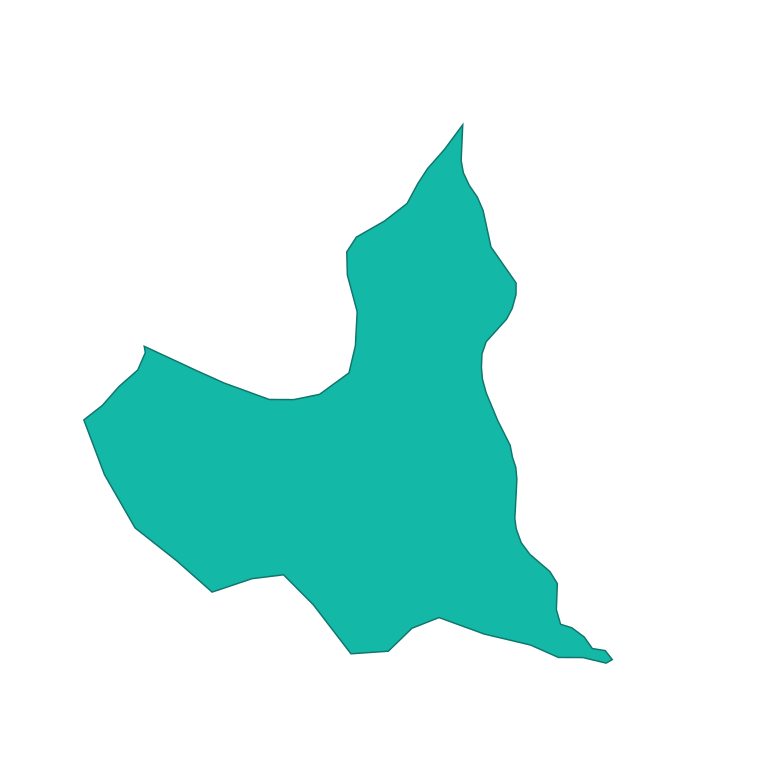 the district of Anju City, P'yŏngan-namdo, North Korea, rotated 103°
{"feature_id": "82179303B77985943192226", "entity_name": "Anju City", "entity_type": "district", "adm_level": 2, "iso_a3": "PRK", "parent_name": "North Korea", "parent_adm1": "P'yŏngan-namdo", "projection": "albers", "projection_center": [125.736, 39.589], "detail": "fine", "context": "isolated", "style": "filled", "palette": "teal", "viewbox_px": 768, "rotation_deg": 103, "n_neighbors": 0, "source": "geoboundaries", "source_scale": "gbopen_adm2", "svg_char_len": 1069}
<svg xmlns="http://www.w3.org/2000/svg" viewBox="0 0 768 768"><g transform="rotate(103 384 384)"><path d="M601.2,99.6L594.0,108.5L594.9,121.5L585.5,132.0L579.3,146.1L578.4,157.9L565.1,165.3L539.5,170.2L529.5,180.1L517.2,203.5L507.8,214.6L495.4,222.6L485.5,226.3L460.3,230.7L447.0,233.1L435.6,236.8L426.6,242.3L415.3,247.3L393.9,265.1L369.7,282.4L357.3,289.1L346.0,292.8L332.7,295.3L319.9,294.0L293.3,279.2L281.5,276.1L267.2,275.5L255.9,278.0L226.4,310.6L192.6,326.5L180.8,335.2L171.3,345.6L160.3,354.2L148.9,359.1L113.7,365.6L141.9,377.9L164.1,389.9L180.7,396.0L202.9,402.1L225.0,420.1L247.1,444.0L263.7,450.0L286.1,444.2L319.6,426.4L353.1,420.5L381.0,420.6L408.6,444.5L419.5,468.4L424.9,492.3L419.0,540.1L413.1,569.9L401.2,626.1L407.1,623.6L425.8,627.1L446.0,641.6L468.2,653.6L486.5,668.4L535.3,635.9L580.2,594.2L602.8,546.4L625.4,504.7L620.7,497.0L603.4,468.9L592.5,439.0L615.0,403.2L654.3,355.5L643.4,319.7L615.7,301.8L599.2,277.9L605.1,230.1L605.4,182.4L611.2,152.5L605.8,128.6L606.0,104.8L601.2,99.6Z" fill="#14b8a6" stroke="#0f766e" stroke-width="1.5"/></g></svg>